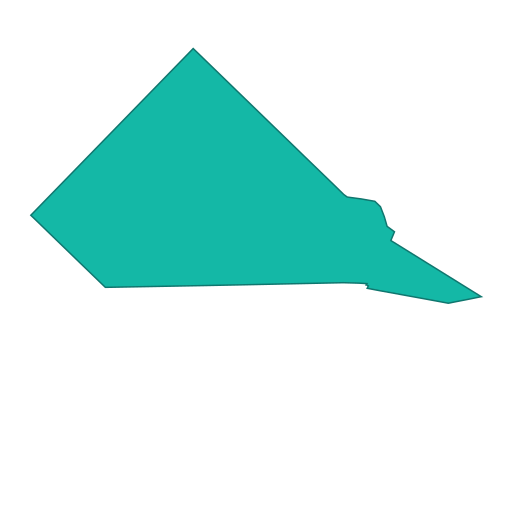 Al Golid, Northern, Sudan (Natural Earth projection), rotated 44°
{"feature_id": "16777658B20227076213030", "entity_name": "Al Golid", "entity_type": "district", "adm_level": 2, "iso_a3": "SDN", "parent_name": "Sudan", "parent_adm1": "Northern", "projection": "natural_earth1", "projection_center": [29.801, 17.722], "detail": "fine", "context": "isolated", "style": "filled", "palette": "teal", "viewbox_px": 512, "rotation_deg": 44, "n_neighbors": 0, "source": "geoboundaries", "source_scale": "gbopen_adm2", "svg_char_len": 728}
<svg xmlns="http://www.w3.org/2000/svg" viewBox="0 0 512 512"><g transform="rotate(44 256 256)"><path d="M409.6,168.0L427.1,156.4L428.2,154.9L429.4,153.1L439.4,138.8L445.3,130.2L446.3,128.8L342.3,151.2L341.1,148.3L340.3,146.2L340.1,145.7L339.9,145.2L339.3,143.7L338.8,142.4L329.7,143.6L321.0,138.6L311.3,134.1L303.5,134.1L292.1,141.8L280.7,150.2L276.4,150.8L263.0,150.7L248.8,150.7L221.6,150.7L180.0,150.6L127.5,150.5L70.7,150.4L67.7,150.4L67.1,150.4L66.7,150.4L65.7,382.6L65.7,383.1L134.0,383.2L169.4,383.2L170.2,382.4L238.5,314.0L264.8,287.6L321.8,230.2L337.3,214.6L348.9,204.0L355.0,198.8L355.3,200.3L355.7,200.0L357.6,199.5L358.4,202.0L369.1,195.0L409.6,168.0Z" fill="#14b8a6" stroke="#0f766e" stroke-width="1.5"/></g></svg>